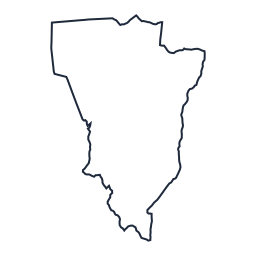 Santana do Acaraú, Ceará, Brazil
{"feature_id": "56859067B27753760045626", "entity_name": "Santana do Acaraú", "entity_type": "district", "adm_level": 2, "iso_a3": "BRA", "parent_name": "Brazil", "parent_adm1": "Ceará", "projection": "equal_earth", "projection_center": [-40.133, -3.498], "detail": "fine", "context": "isolated", "style": "outline", "palette": "slate", "viewbox_px": 256, "rotation_deg": 0, "n_neighbors": 0, "source": "geoboundaries", "source_scale": "gbopen_adm2", "svg_char_len": 3045}
<svg xmlns="http://www.w3.org/2000/svg" viewBox="0 0 256 256"><path d="M204.5,51.2L202.2,50.6L200.8,49.9L199.4,49.3L197.7,48.8L195.4,48.9L193.2,49.3L191.1,49.7L189.3,49.4L187.6,49.3L185.7,49.2L184.2,48.5L183.2,49.8L181.9,50.3L179.8,50.2L178.0,50.8L175.9,51.5L173.8,53.1L171.9,52.9L170.3,52.6L168.6,51.8L167.1,50.0L165.5,47.5L164.0,45.6L162.2,45.7L160.0,45.1L160.3,39.2L161.1,33.1L162.2,22.2L160.7,22.2L159.4,22.7L157.7,23.1L156.6,24.1L155.1,24.3L153.1,23.9L150.8,22.8L149.4,22.2L148.1,22.2L146.6,21.7L145.0,21.4L143.4,21.0L141.8,21.2L140.4,19.9L138.7,18.4L137.4,16.6L136.2,15.4L129.8,20.2L128.7,21.6L127.0,23.0L125.1,23.8L123.7,24.4L122.0,24.3L120.3,25.0L118.9,23.5L117.4,21.6L116.1,20.2L114.4,19.5L112.5,18.3L88.2,19.5L84.5,19.9L80.5,20.2L69.8,21.1L66.2,21.4L58.8,22.0L51.9,22.6L51.5,42.7L51.3,46.5L51.3,48.7L53.8,71.5L54.6,73.9L66.3,76.9L67.5,79.5L72.6,93.3L76.1,102.6L82.6,119.4L84.1,120.6L85.2,120.1L86.7,121.5L86.9,124.3L87.7,125.9L89.1,124.6L90.5,123.4L90.1,125.9L89.3,127.7L87.9,128.7L90.0,131.5L89.5,133.3L89.0,134.8L88.3,136.4L88.3,139.5L89.5,142.0L90.3,144.3L90.0,147.4L90.3,149.5L89.5,151.3L89.3,153.4L89.4,156.3L89.7,158.6L89.3,160.7L88.7,163.3L87.6,164.6L86.5,166.1L84.7,168.6L83.0,170.0L82.9,171.8L84.3,172.9L85.3,174.0L86.5,174.4L89.5,174.5L91.8,175.8L94.1,176.7L95.6,175.2L97.5,175.2L99.8,174.8L100.7,176.9L101.8,178.3L102.4,180.2L102.5,182.7L103.6,184.8L105.2,186.8L106.3,188.4L109.0,185.8L110.3,189.2L112.1,190.7L112.2,193.0L110.3,194.8L110.2,197.4L108.9,199.4L107.6,201.9L107.7,203.7L108.9,205.1L109.7,207.5L111.2,210.2L112.9,210.8L114.2,211.9L114.7,213.4L115.6,214.7L117.6,215.3L119.2,217.0L120.0,219.3L119.5,222.0L119.7,225.1L121.0,227.3L122.7,228.3L124.3,230.5L125.2,229.3L126.6,228.1L128.2,226.4L130.7,225.6L132.6,225.6L133.8,226.4L135.4,227.2L136.0,228.9L136.4,230.6L138.4,232.1L139.3,233.3L140.7,236.4L141.5,237.9L143.1,238.4L145.1,239.0L146.7,239.5L148.2,240.6L150.3,240.1L150.5,237.2L150.3,235.0L150.6,232.5L150.5,229.3L150.9,227.1L151.3,223.9L151.9,221.4L151.8,219.5L151.6,216.5L151.6,213.8L150.1,213.5L148.7,213.6L147.4,212.6L147.4,210.0L150.0,207.3L151.1,206.3L152.4,204.9L153.3,203.6L154.4,202.3L155.9,201.0L157.1,200.0L159.5,196.9L163.1,191.9L165.0,189.2L166.6,187.0L167.5,185.8L169.4,183.4L171.2,182.4L172.4,180.6L173.4,179.0L174.7,178.8L176.0,177.9L177.1,175.6L178.0,173.8L178.9,171.7L179.8,169.8L180.5,167.2L180.1,164.3L179.4,162.0L179.1,159.7L179.1,157.5L178.8,154.2L178.8,151.3L178.1,149.5L178.4,147.8L179.6,146.3L179.3,143.8L179.6,141.8L180.5,140.0L181.7,138.3L181.8,135.9L181.8,133.8L181.5,131.5L181.8,129.4L182.7,127.2L183.0,125.3L182.6,123.3L182.4,120.5L182.3,118.3L181.7,116.6L181.2,114.7L182.3,111.9L182.6,109.4L183.0,107.2L183.5,105.5L184.8,104.3L186.6,102.1L187.6,100.1L187.8,97.9L187.3,96.0L187.3,93.6L188.4,90.9L189.8,89.1L192.0,88.6L193.7,87.2L194.8,85.6L196.3,85.0L196.9,83.1L197.3,81.5L198.0,80.0L199.0,77.6L200.5,76.2L201.3,73.8L201.3,71.2L201.9,69.1L202.8,66.6L202.6,64.0L203.2,61.5L204.4,60.1L204.6,58.2L204.7,55.3L204.7,53.1L204.5,51.2Z" fill="none" stroke="#1e293b" stroke-width="2"/></svg>